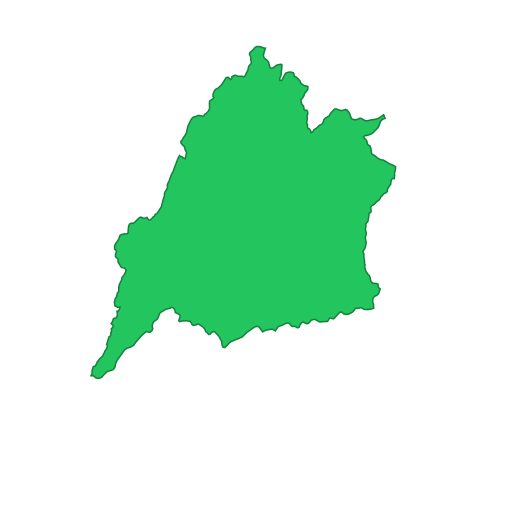 Rio Pardo de Minas, Minas Gerais, Brazil (Natural Earth projection), rotated 30°
{"feature_id": "56859067B77231860694745", "entity_name": "Rio Pardo de Minas", "entity_type": "district", "adm_level": 2, "iso_a3": "BRA", "parent_name": "Brazil", "parent_adm1": "Minas Gerais", "projection": "natural_earth1", "projection_center": [-42.565, -15.774], "detail": "fine", "context": "isolated", "style": "filled", "palette": "green", "viewbox_px": 512, "rotation_deg": 30, "n_neighbors": 0, "source": "geoboundaries", "source_scale": "gbopen_adm2", "svg_char_len": 6066}
<svg xmlns="http://www.w3.org/2000/svg" viewBox="0 0 512 512"><g transform="rotate(30 256 256)"><path d="M250.2,346.6L251.4,346.5L252.9,347.2L254.4,347.6L255.4,346.5L255.8,344.5L256.7,342.9L258.3,342.3L264.3,344.2L269.2,347.4L270.4,349.2L272.0,350.9L273.2,351.6L274.8,350.9L275.7,347.8L276.6,343.7L278.0,341.5L284.6,333.0L286.3,326.7L287.6,324.0L290.2,318.3L292.2,316.3L294.2,316.0L299.7,318.4L301.5,315.4L306.1,311.6L307.3,311.2L310.2,311.2L310.5,306.1L313.5,302.6L315.4,299.7L316.5,298.5L318.2,297.7L322.0,299.0L323.4,298.6L324.4,297.6L328.1,297.4L329.0,295.9L328.6,294.2L328.7,292.7L328.9,291.1L329.8,289.5L331.6,289.6L333.5,289.4L335.1,288.2L336.0,283.9L337.4,282.4L338.8,281.4L343.4,281.4L344.9,280.9L346.3,279.7L350.7,276.9L350.7,274.1L351.1,272.5L354.5,271.8L355.2,269.9L356.3,264.4L357.0,262.3L359.1,261.7L360.6,262.4L362.4,261.9L365.3,260.0L367.3,256.9L367.9,255.4L368.2,253.8L368.1,252.4L368.8,251.1L370.3,250.5L372.5,248.5L373.6,248.1L376.2,248.2L379.1,246.8L382.4,244.3L384.1,242.4L383.2,241.3L382.4,239.6L380.0,237.4L379.1,235.7L378.5,233.8L378.8,231.7L380.0,230.2L380.8,228.3L380.9,226.4L380.0,222.3L378.6,222.2L377.0,221.4L375.8,219.4L373.9,219.6L372.5,220.4L371.1,221.0L369.7,221.0L368.1,220.4L365.6,217.6L363.9,216.2L362.4,216.0L359.0,214.3L356.3,211.9L355.4,210.9L355.0,209.2L353.7,208.1L352.5,206.0L350.2,203.4L348.3,200.1L346.7,199.2L346.3,197.6L346.5,195.9L346.4,193.9L344.8,189.4L341.5,185.6L340.6,182.2L339.9,180.7L338.2,179.2L337.2,177.7L335.9,174.4L335.0,173.3L335.6,169.9L334.2,166.1L332.6,162.5L333.5,161.1L333.3,159.5L331.0,156.5L331.1,154.5L332.1,153.1L333.1,150.5L333.2,149.1L334.6,146.0L334.7,143.9L334.5,141.9L335.2,140.7L335.4,138.6L336.9,136.2L337.5,134.5L336.5,132.6L336.5,129.5L336.8,126.5L336.0,124.9L335.1,122.0L335.7,120.5L337.1,119.8L335.4,116.3L334.4,114.6L333.2,110.6L332.2,108.9L329.9,108.8L324.8,109.4L318.7,109.2L315.6,110.3L313.6,110.4L312.1,110.4L308.8,109.7L305.4,109.7L304.4,108.9L302.5,106.3L300.0,103.8L297.6,103.7L296.1,102.9L294.9,101.4L293.0,100.2L291.1,99.9L289.8,99.2L289.9,97.7L292.9,95.0L294.5,93.2L295.7,90.8L297.5,83.8L297.4,82.0L296.6,77.8L296.9,75.3L297.7,73.7L299.0,72.3L295.9,69.8L293.7,74.7L292.5,76.3L290.2,78.6L287.1,81.0L284.7,83.4L283.0,84.2L278.5,84.2L277.2,84.6L274.9,87.7L273.4,88.7L271.7,89.2L270.1,89.3L267.6,87.4L265.7,85.6L261.9,84.0L260.3,84.3L258.1,86.7L256.9,87.5L254.2,88.2L252.7,88.3L251.5,88.7L250.5,89.5L249.2,95.1L249.3,98.0L246.9,102.3L246.6,104.1L247.2,106.1L247.3,108.3L246.5,109.9L245.7,110.8L245.2,112.2L244.8,114.2L243.0,117.7L243.2,119.8L242.1,121.6L240.5,120.1L238.7,119.2L237.1,119.4L235.7,118.1L234.9,116.4L233.3,115.4L232.0,111.9L230.1,109.0L229.9,107.3L228.8,105.5L227.2,104.3L226.1,105.1L224.7,105.3L222.1,102.3L220.0,101.8L216.9,98.7L217.4,94.7L217.4,93.0L216.8,91.4L217.6,86.1L216.3,83.3L214.7,83.5L213.1,84.2L210.1,84.3L208.4,83.8L206.8,82.5L203.8,81.4L200.6,80.9L199.4,81.4L198.3,79.9L196.8,78.6L194.2,79.3L193.0,79.9L190.5,82.4L190.2,84.0L190.5,91.3L188.9,91.9L187.8,90.5L187.5,88.2L186.9,85.9L183.0,77.6L181.7,77.4L178.6,80.2L176.8,84.3L175.7,85.7L174.0,85.7L172.7,84.7L169.8,81.7L167.1,80.8L164.2,80.5L163.1,79.6L162.2,78.5L161.6,77.2L160.2,71.2L158.8,72.0L155.4,72.4L153.8,73.1L151.7,74.4L150.7,76.5L150.6,78.4L149.6,80.9L149.0,83.0L149.5,84.7L152.0,86.3L153.6,89.0L155.0,90.3L155.5,91.6L154.9,94.4L154.9,95.8L155.9,98.4L156.2,100.6L156.1,102.5L156.6,105.4L155.7,107.0L154.0,107.3L150.7,109.3L149.0,109.4L147.4,110.0L146.2,111.4L145.5,112.9L146.2,114.1L145.9,116.1L142.4,115.1L141.0,116.4L140.6,124.8L139.4,129.2L137.7,131.9L137.4,134.1L137.6,136.0L138.1,137.8L139.0,139.3L140.2,140.0L140.0,141.9L139.0,143.4L138.4,145.0L139.2,146.9L142.0,151.4L142.3,153.9L142.1,155.4L141.6,157.5L140.7,159.0L140.8,160.6L139.7,161.8L138.4,162.0L135.5,163.2L133.9,165.6L132.4,166.9L131.7,168.9L131.6,170.7L132.1,177.8L134.1,183.8L134.3,186.6L133.9,190.1L134.1,192.3L133.6,194.3L134.5,195.6L135.9,196.2L139.0,197.1L140.2,197.9L141.2,199.2L144.0,200.9L145.5,205.3L146.0,207.2L144.3,207.5L142.2,207.0L140.7,207.6L139.6,207.2L139.5,209.5L141.0,219.3L142.0,224.3L142.0,227.2L142.3,229.4L143.3,234.8L143.3,237.0L143.7,239.0L145.0,240.6L145.3,242.4L145.2,246.2L145.5,247.8L146.5,249.3L147.4,253.6L149.4,260.7L149.0,268.9L147.9,270.2L148.1,272.2L147.3,273.8L146.9,276.4L146.2,278.0L144.8,278.3L142.2,277.1L141.3,278.6L139.8,279.5L136.7,279.9L135.6,281.6L134.2,287.1L133.5,289.0L131.6,289.9L130.7,290.9L130.5,292.3L130.7,293.7L132.0,296.8L133.6,299.8L133.2,301.3L131.4,302.3L129.4,304.0L128.4,305.2L127.9,306.6L128.7,309.6L128.3,315.9L128.4,317.8L130.2,320.8L131.7,320.9L132.8,321.7L133.6,325.2L134.7,326.9L137.5,327.5L138.6,328.5L139.6,330.3L145.1,333.2L148.4,332.2L150.2,332.8L150.9,334.4L151.1,336.2L151.2,338.3L150.7,341.9L151.5,343.7L151.9,348.9L152.4,350.9L154.8,355.4L154.5,357.5L155.6,360.8L155.4,363.2L156.4,366.7L158.8,369.7L160.2,369.5L161.7,369.8L163.9,368.2L164.3,370.1L164.3,372.4L163.2,373.3L165.4,376.2L165.8,377.9L165.7,379.9L164.3,380.8L163.8,382.1L164.4,383.5L164.5,385.3L164.3,387.1L165.7,387.1L166.8,387.5L167.7,389.1L167.1,391.6L168.5,393.1L168.6,395.0L170.0,397.8L169.1,399.4L170.9,407.4L172.0,407.6L172.6,409.1L173.0,411.4L172.6,414.1L173.0,415.7L172.9,417.3L173.3,418.6L172.1,423.0L171.5,427.1L171.8,429.6L171.7,432.0L170.4,433.2L171.3,437.1L172.9,440.0L172.9,442.2L174.9,441.2L176.3,441.1L177.7,441.7L179.3,441.4L181.0,440.6L182.5,439.0L183.3,437.3L183.4,435.8L184.9,430.5L188.3,426.9L189.3,425.3L189.4,422.6L188.6,420.6L188.1,418.5L187.9,415.8L189.2,402.6L190.4,400.5L193.1,397.4L194.7,394.4L195.0,390.8L196.5,383.3L197.0,381.2L198.3,377.4L199.0,376.1L201.6,375.5L202.7,374.5L203.2,372.6L202.9,370.3L201.4,369.0L200.5,367.0L200.3,364.9L200.5,363.5L201.9,360.6L202.1,359.1L201.3,353.8L201.8,352.2L204.6,347.3L207.8,344.0L208.8,342.5L210.3,342.4L211.8,342.9L213.2,343.6L214.3,345.3L219.1,345.0L220.2,345.8L220.8,347.1L221.3,350.6L222.6,351.1L224.0,349.7L225.4,348.6L229.0,346.5L231.8,345.6L233.3,346.2L234.8,347.3L236.2,347.5L238.9,345.3L239.8,343.8L241.5,343.7L246.0,344.1L248.8,345.3L250.2,346.6Z" fill="#22c55e" stroke="#15803d" stroke-width="1.5"/></g></svg>